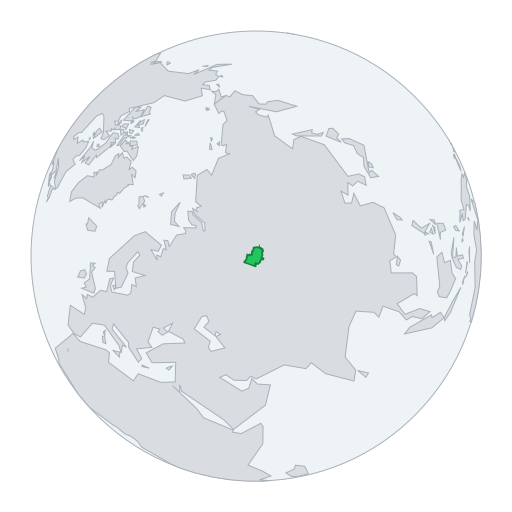 Altay on an orthographic globe, rotated 314°
{"feature_id": "RUS-2399", "entity_name": "Altay", "entity_type": "Territory", "adm_level": 1, "iso_a3": "RUS", "parent_name": "Russia", "parent_adm1": "", "projection": "orthographic", "projection_center": [83.175, 52.561], "detail": "fine", "context": "on_globe", "style": "filled", "palette": "green", "viewbox_px": 512, "rotation_deg": 314, "n_neighbors": 0, "source": "natural_earth", "source_scale": "10m", "svg_char_len": 14834}
<svg xmlns="http://www.w3.org/2000/svg" viewBox="0 0 512 512"><g transform="rotate(314 256 256)"><circle cx="256" cy="256" r="225" fill="#eef3f6" stroke="#a8b0b8"/><path d="M331.1,43.6L335.5,46.5L326.2,48.5L322.7,46.0L320.8,47.2L325.2,50.6L328.5,52.6L328.0,64.5L340.3,80.7L350.5,85.7L343.3,85.1L366.8,94.9L377.5,105.6L361.6,93.8L356.9,92.8L362.3,99.9L358.7,100.6L359.2,104.6L354.4,104.9L345.5,98.4L342.2,98.6L346.2,103.7L343.9,107.6L338.6,100.0L334.0,106.1L318.2,97.4L307.8,78.7L295.1,75.9L274.1,62.3L272.1,64.6L262.9,61.5L257.2,63.2L254.9,60.6L252.4,64.3L255.5,66.3L255.4,68.7L252.4,70.0L248.9,66.8L250.0,65.7L247.4,65.5L247.0,63.4L245.4,65.1L241.6,61.4L240.8,67.1L234.0,65.8L232.7,62.8L238.8,60.5L251.1,49.4L251.7,46.5L246.3,44.1L223.7,44.7L221.8,42.8L214.9,42.0L213.2,44.0L217.9,45.3L212.9,49.2L219.3,50.9L218.3,52.9L222.4,56.0L215.3,58.4L206.1,59.2L202.3,56.9L198.1,57.3L196.5,62.1L184.3,60.8L167.5,65.6L165.0,65.2L169.7,59.1L183.0,52.1L189.1,45.9L178.5,53.0L172.6,52.6L168.9,54.0L165.4,56.1L165.0,57.5L161.6,58.3L170.8,51.1L174.0,50.3L171.1,52.4L177.3,49.3L183.4,45.2L179.9,45.7L192.9,40.3L190.5,40.7L192.0,40.1L194.9,39.6L190.0,40.6L205.5,36.5L221.1,33.4L236.9,31.5L252.9,30.7L268.8,31.1L284.7,32.6L300.4,35.1L315.9,38.8L331.1,43.6ZM438.6,124.1L438.0,123.2L438.9,124.5L438.6,124.1ZM440.1,126.2L439.2,125.0L439.4,125.2L440.1,126.2ZM441.7,128.7L442.0,129.2L441.1,127.9L441.7,128.7ZM330.5,53.5L325.6,50.6L323.0,47.5L327.5,49.7L330.5,53.5ZM334.9,60.5L331.6,59.1L334.0,57.3L335.1,58.6L334.9,60.5ZM358.6,89.3L355.3,85.8L359.7,89.1L358.6,89.3ZM360.1,105.1L362.2,105.9L361.6,107.7L360.1,105.1ZM226.0,54.6L224.3,55.3L224.4,54.3L226.0,54.6ZM229.5,55.4L231.0,53.8L232.9,53.9L231.9,54.9L229.5,55.4ZM353.7,109.8L352.1,112.6L352.2,108.6L353.7,109.8ZM227.3,57.4L236.0,54.4L239.3,54.8L238.4,59.0L227.3,57.4ZM350.1,113.4L346.3,120.5L350.6,122.9L336.3,120.5L344.3,115.0L343.7,109.7L346.7,113.1L350.1,113.4ZM257.9,66.5L254.3,64.3L260.1,65.0L257.9,66.5ZM261.6,66.3L279.4,65.8L283.1,69.9L276.3,69.1L283.4,73.8L276.4,76.1L271.0,74.0L270.0,70.8L268.1,74.2L261.6,66.3ZM329.0,118.3L326.7,119.2L327.4,117.1L329.0,118.3ZM255.9,69.7L259.1,69.1L262.6,72.6L256.6,74.5L257.4,72.7L255.9,69.7ZM288.6,74.1L290.1,77.2L284.9,79.8L284.7,81.4L276.5,76.5L288.6,74.1ZM255.1,72.6L253.5,75.4L249.1,75.0L252.9,70.6L255.1,72.6ZM265.9,72.8L267.3,74.6L264.6,74.2L265.9,72.8ZM232.6,75.7L236.5,74.6L238.6,76.3L232.6,75.7ZM253.2,76.5L254.7,76.6L256.0,77.2L254.1,79.0L253.2,76.5ZM273.4,78.8L270.9,79.4L276.5,81.0L272.8,83.2L268.0,79.6L268.5,82.1L267.4,82.8L264.7,79.1L273.4,78.8ZM255.9,82.7L248.6,79.3L241.0,80.8L238.9,79.3L251.5,77.2L255.9,82.7ZM261.3,80.9L257.5,81.6L256.9,79.2L259.1,77.2L261.3,80.9ZM272.0,86.1L278.9,83.6L279.7,84.5L272.0,86.1ZM253.8,83.6L255.7,84.4L253.4,84.0L253.8,83.6ZM266.6,85.8L268.9,84.7L269.8,85.8L266.6,85.8ZM257.4,87.1L255.0,85.9L256.4,84.5L257.4,87.1ZM261.7,86.9L262.3,88.6L258.3,84.7L262.6,86.2L261.7,86.9ZM267.0,87.0L268.3,87.2L265.9,87.3L267.0,87.0ZM253.4,93.5L248.0,88.9L251.2,85.6L255.9,90.5L253.4,93.5ZM50.2,347.7L49.6,345.7L46.7,337.1L39.1,306.8L40.4,299.7L39.5,291.7L36.9,285.1L36.3,275.4L35.1,270.5L31.4,242.0L33.1,224.5L42.0,188.8L44.7,185.9L50.2,175.7L73.2,178.2L72.4,189.0L84.1,212.9L84.6,217.8L77.1,223.7L81.0,254.5L89.5,253.1L99.0,275.4L109.3,285.3L123.8,272.1L107.0,255.4L110.1,244.2L128.4,250.3L144.0,265.3L145.7,261.4L140.9,245.4L149.7,242.7L139.9,239.4L140.0,245.3L133.9,243.7L133.4,238.2L136.5,237.3L133.3,231.5L119.3,237.9L117.9,244.6L106.3,234.6L102.9,245.0L97.9,245.2L101.8,227.9L105.3,224.2L108.2,200.6L103.4,203.4L100.4,226.1L99.0,221.9L92.5,226.6L96.4,219.7L101.0,194.9L93.9,185.0L75.9,185.9L73.7,179.3L75.9,168.7L91.5,156.7L94.7,173.0L100.3,169.7L107.4,157.7L107.8,163.9L111.1,161.3L113.0,167.2L123.4,168.0L126.6,173.3L138.0,166.7L141.2,168.8L133.5,171.9L129.9,177.3L138.7,191.0L142.6,191.6L149.3,186.4L150.8,191.2L156.2,184.4L164.9,189.8L158.9,177.8L166.6,172.1L175.8,171.9L177.3,168.0L162.3,168.4L157.3,170.6L154.7,175.9L140.1,180.8L135.5,177.7L146.7,164.9L141.4,159.3L152.4,152.3L186.1,154.5L196.5,159.4L198.1,180.4L191.4,182.5L187.6,175.9L184.4,187.7L187.9,184.0L189.2,188.1L196.9,184.2L198.2,187.0L203.4,178.8L205.8,181.8L202.5,187.0L216.0,184.4L223.1,189.6L225.5,187.8L226.1,184.3L234.7,193.5L236.1,191.8L233.9,188.0L235.2,182.2L241.0,175.8L243.6,179.3L241.9,182.1L242.3,193.6L237.4,200.9L239.0,201.7L244.0,196.3L243.5,182.2L246.2,177.4L247.4,183.8L247.1,181.0L249.3,179.8L253.9,181.9L253.1,174.9L273.3,157.7L284.3,160.7L283.1,168.0L300.1,161.2L311.2,166.0L309.1,162.4L315.8,157.3L312.4,155.7L311.9,153.6L327.6,141.0L333.3,141.1L337.7,132.5L336.6,130.8L332.6,130.1L336.3,120.5L350.6,122.9L352.3,126.6L360.1,126.0L363.0,134.7L368.9,142.0L367.5,152.6L372.3,157.8L374.8,157.0L383.3,163.8L392.0,181.3L373.9,170.5L358.7,146.9L363.9,156.6L359.4,155.6L359.3,159.9L363.3,167.0L365.8,167.0L355.4,185.9L358.4,207.8L366.2,202.4L373.3,205.4L383.5,227.8L377.1,266.7L386.4,273.0L388.4,279.1L383.5,286.1L380.4,277.2L373.5,276.8L372.6,271.1L363.7,279.9L361.8,272.0L355.8,283.2L360.5,288.0L369.0,282.8L364.5,296.3L375.9,302.8L379.6,314.6L368.3,341.7L353.2,353.6L352.8,357.5L345.6,355.5L337.8,365.0L352.6,380.4L352.8,385.7L339.4,399.5L338.8,395.9L319.8,390.7L317.5,403.7L331.9,410.3L336.9,419.8L326.3,419.1L321.1,410.6L314.4,408.5L315.3,397.7L308.1,382.2L297.4,386.9L297.4,379.9L285.8,366.2L269.9,371.9L245.2,390.3L243.2,407.0L234.1,413.3L219.7,387.8L217.6,369.9L209.7,370.2L197.2,351.9L167.8,341.6L166.0,335.7L159.9,335.7L151.5,326.6L149.7,316.9L143.5,314.2L148.9,339.7L155.8,342.6L165.0,338.1L164.9,346.0L173.3,355.9L155.3,366.4L115.6,360.3L115.8,346.7L107.0,296.1L109.6,292.7L109.7,292.2L109.9,291.2L104.8,295.9L104.7,286.0L105.0,319.3L103.2,330.7L115.0,360.7L112.9,361.4L117.9,368.7L139.0,375.7L138.2,379.6L125.7,391.3L100.1,395.5L105.9,410.7L108.1,419.5L97.5,414.1L103.9,421.8L99.2,417.7L99.4,418.0L87.5,405.5L76.5,392.2L66.6,378.0L57.8,363.2L50.2,347.7ZM58.8,184.9L56.6,187.3L58.8,184.9ZM156.2,290.0L168.3,297.5L170.2,283.2L175.0,285.0L173.8,279.7L170.2,282.2L168.6,268.0L176.4,267.6L178.7,261.9L174.7,259.1L160.6,262.2L162.9,282.3L157.0,285.3L156.2,290.0ZM172.1,53.0L171.3,53.6L167.4,55.6L168.6,54.4L172.1,53.0ZM154.2,66.8L149.1,67.7L153.5,66.1L154.1,64.4L164.3,59.1L164.3,64.8L162.5,63.0L154.2,66.8ZM177.8,54.3L171.4,56.6L178.4,53.8L177.8,54.3ZM127.2,142.3L125.4,146.5L120.9,147.9L117.0,142.3L123.4,140.1L127.2,142.3ZM123.8,152.3L136.0,141.8L139.0,145.3L135.3,145.0L136.0,148.4L130.2,149.0L121.1,163.0L116.6,165.2L111.7,152.9L115.8,155.6L117.3,151.1L123.8,152.3ZM162.0,112.6L167.3,109.1L166.8,120.9L161.9,122.9L157.6,117.1L160.9,111.4L162.0,112.6ZM224.2,65.7L226.2,64.4L227.2,65.1L226.2,67.0L224.2,65.7ZM234.2,75.1L216.1,72.9L217.6,71.1L205.3,72.5L204.3,68.4L212.3,67.5L202.3,65.7L209.2,63.3L201.9,62.8L219.9,61.3L225.7,59.4L219.6,63.0L220.4,66.7L222.4,67.7L232.5,69.4L245.3,67.6L248.1,71.4L246.7,74.5L244.0,75.5L243.0,72.7L240.2,76.1L236.8,72.8L234.2,75.1ZM228.3,114.7L228.3,110.0L222.0,118.1L218.6,114.1L218.1,115.3L213.2,113.9L206.3,114.4L205.6,112.2L203.3,113.4L200.0,112.7L196.5,113.6L194.0,110.0L189.6,111.0L191.0,108.8L183.9,111.5L188.1,107.9L184.2,106.9L182.2,110.9L177.5,91.0L172.4,86.1L165.8,84.2L173.8,78.7L185.0,77.3L196.6,78.9L200.4,84.7L203.3,81.4L206.0,83.3L202.6,85.1L209.5,83.5L210.8,85.6L221.1,88.3L230.3,85.2L234.3,86.2L231.3,88.5L237.4,88.0L234.6,93.2L237.4,94.2L237.4,100.5L230.1,104.6L233.8,105.4L234.0,110.5L228.3,114.7ZM253.1,95.3L245.2,100.7L239.4,101.4L241.8,90.3L239.6,88.7L240.9,82.0L249.3,81.4L248.1,83.3L249.0,85.0L246.0,84.5L249.0,86.2L247.5,89.0L249.4,91.2L246.4,92.3L253.1,95.3ZM88.8,218.2L89.9,221.1L92.3,224.7L88.3,227.9L88.8,218.2ZM91.6,201.2L93.1,202.9L88.6,208.9L87.5,206.0L91.6,201.2ZM97.8,199.1L93.6,202.6L95.2,199.0L97.8,199.1ZM135.3,173.4L137.4,175.1L136.1,176.7L133.2,177.5L135.3,173.4ZM209.0,139.2L209.9,136.1L211.5,136.1L217.4,130.8L220.4,133.6L218.0,137.9L209.0,139.2ZM118.7,272.2L113.5,272.6L112.9,269.5L114.8,270.0L118.7,272.2ZM98.4,249.8L101.2,257.2L97.3,250.7L98.4,249.8ZM213.3,141.4L215.4,138.8L215.6,141.8L213.3,141.4ZM222.9,135.4L223.8,138.5L221.4,133.3L222.9,135.4ZM138.6,437.2L135.7,444.8L127.1,439.6L122.0,434.6L120.7,428.2L129.5,431.5L132.9,429.6L138.6,437.2ZM385.9,421.8L391.4,419.3L391.1,419.9L385.9,421.8ZM380.3,423.0L386.7,419.9L379.0,424.7L380.3,423.0ZM389.2,418.6L395.7,414.0L398.6,411.5L397.9,412.9L389.2,418.6ZM375.9,425.1L350.7,435.0L340.5,436.8L343.1,434.0L359.7,429.0L375.9,425.1ZM342.3,434.2L326.4,432.4L303.1,417.0L311.4,416.1L335.5,423.1L334.0,425.5L343.7,427.8L342.3,434.2ZM379.9,408.9L378.3,415.3L364.7,420.6L358.3,422.1L354.0,416.1L356.4,411.2L361.7,409.4L380.9,386.8L387.8,387.1L382.2,396.1L387.8,398.9L379.9,408.9ZM244.3,408.6L250.0,418.2L245.0,419.4L244.3,408.6ZM387.8,372.2L380.6,382.8L386.9,370.3L387.8,372.2ZM390.9,361.3L391.8,364.6L388.3,362.8L390.9,361.3ZM353.4,362.9L347.9,365.7L347.3,363.0L354.1,357.9L353.4,362.9ZM382.3,324.4L383.9,332.9L383.4,336.2L380.1,332.3L382.3,324.4ZM242.1,164.1L230.5,168.1L224.2,173.4L223.8,180.0L219.4,172.7L229.2,164.5L242.1,164.1ZM269.2,158.0L269.5,152.7L272.7,154.1L273.0,155.5L269.2,158.0ZM267.1,155.4L261.3,150.7L263.6,147.2L267.7,151.6L267.1,155.4ZM236.9,145.5L233.3,146.4L233.2,143.8L236.9,145.5ZM357.3,457.2L358.8,456.5L357.6,455.1L360.2,454.0L361.8,450.7L385.7,435.4L403.6,417.5L413.7,410.4L423.3,397.2L432.8,388.7L428.2,397.0L436.1,390.4L446.4,371.0L446.2,376.7L436.4,391.0L425.5,404.4L413.5,417.0L400.7,428.7L386.9,439.3L372.5,448.8L357.3,457.2ZM399.3,414.6L407.3,406.0L411.3,402.9L399.3,414.6ZM472.4,318.8L471.9,320.2L472.2,319.1L472.6,317.9L472.4,318.8ZM473.4,315.1L473.5,314.4L473.5,314.7L473.4,315.1ZM472.0,318.8L472.8,316.9L471.8,319.5L472.0,318.8ZM471.2,321.3L470.3,323.1L470.4,322.6L471.2,321.3ZM456.7,350.5L460.6,348.4L456.6,355.2L452.4,358.6L447.5,367.9L437.3,378.9L440.1,374.0L439.2,371.6L427.6,381.0L425.3,380.4L429.8,374.9L421.7,379.4L430.6,370.9L433.9,373.3L438.8,364.5L446.5,357.4L453.4,350.6L458.1,347.2L456.7,350.5ZM429.9,382.7L431.4,381.4L429.9,384.1L429.9,382.7ZM468.6,325.3L469.9,324.0L469.6,325.1L468.9,326.5L468.6,325.3ZM459.4,344.5L464.9,331.7L466.0,329.7L462.2,340.3L459.4,344.5ZM463.9,331.0L466.1,327.6L467.0,327.8L466.5,329.4L463.9,331.0ZM411.8,392.3L411.3,394.1L408.9,394.6L411.8,392.3ZM415.0,389.2L422.1,385.4L414.3,391.0L415.0,389.2ZM391.6,398.3L393.9,400.7L401.3,394.2L395.7,400.8L400.3,403.8L398.5,406.9L393.9,403.5L391.7,410.9L388.4,412.6L387.0,408.0L390.5,399.1L393.8,394.3L406.9,385.4L391.6,398.3ZM415.1,384.8L413.1,381.7L414.5,377.7L416.7,378.6L415.1,384.8ZM406.7,374.5L400.8,372.2L395.9,377.3L405.2,363.3L409.5,367.9L406.7,374.5ZM400.9,364.8L396.4,369.5L400.7,361.9L400.9,364.8ZM394.9,368.2L393.9,364.4L397.7,362.8L394.9,368.2ZM403.3,363.5L403.3,355.9L405.7,359.0L403.3,363.5ZM390.9,355.7L400.0,358.2L389.0,361.1L386.2,347.0L390.7,344.3L390.9,355.7ZM400.9,279.1L398.4,275.0L401.8,271.3L402.6,275.1L400.9,279.1ZM410.6,256.7L401.9,269.1L394.6,279.4L398.0,279.7L398.4,288.9L392.0,284.2L395.5,271.4L401.5,265.0L400.1,257.5L403.2,249.4L399.1,241.5L399.7,236.2L405.2,241.5L410.6,256.7ZM397.0,238.4L390.9,223.1L398.3,219.9L401.3,222.6L401.0,230.8L397.1,232.0L397.0,238.4ZM391.6,218.6L387.8,219.7L370.8,202.0L369.1,197.6L385.9,208.7L383.2,210.5L386.1,215.6L391.6,218.6ZM328.6,120.8L326.9,119.4L329.4,119.7L328.6,120.8ZM309.9,152.9L309.6,150.1L312.6,150.4L309.9,152.9ZM310.5,142.8L307.3,144.4L309.6,141.2L310.5,142.8ZM300.4,148.5L305.6,144.4L302.2,150.4L300.4,148.5Z" fill="#d9dde1" stroke="#a8b0b8" stroke-width="1"/><path d="M246.0,258.0L244.8,255.3L243.8,253.2L243.5,252.7L243.4,252.5L243.5,252.4L243.8,252.2L243.7,252.1L243.8,252.1L244.0,252.1L244.0,251.9L243.7,251.9L243.8,251.6L244.2,251.6L244.3,251.5L244.5,251.8L244.8,252.0L245.0,251.9L245.4,251.9L245.3,251.5L245.5,251.4L246.0,251.3L246.3,251.4L246.6,251.3L246.9,251.4L247.0,251.2L247.2,251.3L247.3,251.3L247.6,251.2L247.7,250.9L247.9,250.8L248.0,250.8L248.3,250.7L248.3,250.4L248.8,250.2L249.0,249.9L249.1,250.0L249.4,249.9L249.7,249.7L249.8,249.8L249.9,249.7L250.0,249.4L250.2,249.5L250.5,249.2L250.6,249.3L250.6,249.2L250.6,248.9L250.9,248.7L250.9,248.8L251.0,249.2L251.2,249.4L251.3,249.7L251.3,249.8L251.5,249.9L251.8,250.0L252.0,250.0L252.3,250.2L252.3,250.4L252.2,250.5L252.4,250.5L252.6,250.3L252.9,250.4L252.9,250.7L252.7,250.9L252.7,251.2L252.8,251.3L253.0,251.5L253.1,251.4L253.3,251.5L253.5,251.7L253.8,251.6L253.7,251.8L253.8,251.9L254.0,252.1L254.3,252.4L254.5,252.3L254.5,252.1L254.8,251.8L254.8,251.7L255.0,251.3L255.0,251.2L255.6,250.5L255.8,250.3L256.0,250.1L256.3,250.0L256.5,250.5L256.7,250.4L256.8,250.4L256.7,250.0L256.9,249.8L257.2,249.8L257.3,249.9L257.5,249.8L257.7,250.0L257.8,249.9L258.0,249.7L258.3,249.6L258.5,249.5L258.8,249.6L258.9,249.8L259.0,249.8L259.1,249.6L259.2,249.4L259.5,249.0L260.4,248.4L260.5,248.4L261.2,249.4L261.2,249.5L261.3,249.5L261.6,249.3L261.8,249.6L262.0,249.6L262.3,250.0L262.8,250.2L262.9,250.3L263.0,250.4L263.0,250.6L263.5,251.0L263.5,251.4L263.6,251.5L263.8,251.7L263.9,251.9L263.9,252.0L264.2,252.1L264.5,252.2L264.8,252.1L265.0,252.0L264.8,252.3L264.7,252.9L264.6,253.0L264.4,253.0L264.2,253.1L264.3,253.3L264.5,253.4L264.7,253.6L264.9,253.7L265.1,253.7L265.2,253.9L265.1,254.0L265.1,254.3L264.9,254.6L265.0,254.8L265.3,255.2L265.5,255.1L265.6,255.4L265.6,255.5L265.4,255.3L265.0,255.5L264.9,255.5L264.8,255.4L264.7,255.5L264.6,255.8L264.5,256.0L264.3,256.5L264.7,256.9L264.7,257.0L264.8,257.2L264.8,257.4L264.7,257.5L264.4,257.6L264.1,257.5L263.9,257.8L263.9,258.0L263.7,258.0L263.4,258.0L263.3,257.9L263.2,257.9L262.6,257.8L262.5,258.1L262.4,258.2L262.5,258.4L262.4,258.5L262.2,258.6L262.3,258.7L262.3,258.8L262.2,259.0L262.3,259.2L262.2,259.1L261.9,259.2L261.8,259.3L261.7,259.5L261.6,259.8L261.2,259.8L261.2,260.0L260.9,260.2L260.7,260.1L260.4,260.2L260.3,260.4L260.1,260.4L259.9,260.5L259.6,260.7L259.3,260.9L259.2,261.0L258.9,261.0L258.7,261.0L258.5,261.6L258.4,261.7L258.2,261.6L258.1,261.9L258.7,262.1L258.8,262.1L259.2,262.2L259.3,262.3L259.4,262.6L259.5,262.6L259.5,262.9L259.5,263.0L259.4,263.3L259.2,263.3L258.5,263.5L258.3,263.6L258.0,263.4L257.9,263.2L257.9,262.9L257.6,262.6L257.3,262.6L257.1,262.4L256.8,262.4L256.7,262.3L256.6,262.2L256.4,262.1L256.0,262.2L255.9,262.2L255.8,262.3L255.7,262.5L255.2,262.6L254.9,262.5L254.8,262.9L254.8,263.0L254.6,263.0L254.3,263.3L254.1,263.1L253.9,263.1L253.7,263.1L253.6,263.3L253.4,263.3L253.1,263.1L252.9,263.0L252.6,263.0L252.4,262.9L252.4,263.0L251.7,263.1L251.7,262.9L251.8,262.7L251.6,262.5L251.6,262.4L251.6,262.2L251.3,262.2L251.0,262.3L250.9,262.3L250.7,262.2L250.8,261.9L251.0,261.5L251.0,261.4L250.9,261.3L250.7,261.4L250.5,261.2L250.4,261.1L250.4,260.9L250.3,261.0L249.9,260.8L249.7,260.9L249.7,261.0L249.3,261.2L249.2,261.3L249.2,261.5L249.3,261.7L249.3,261.8L249.3,262.0L249.2,262.2L249.1,262.3L248.8,262.3L248.7,262.4L248.6,262.5L248.4,262.7L248.2,262.6L248.3,262.9L248.2,262.9L248.0,262.7L247.9,262.4L246.9,260.0L246.0,258.0Z" fill="#22c55e" stroke="#15803d" stroke-width="1.5"/></g></svg>